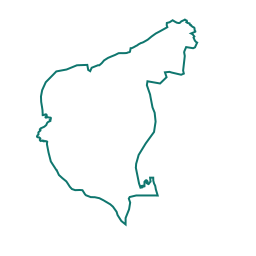 Sakaba, Kebbi, Nigeria (Robinson projection), rotated 75°
{"feature_id": "59680162B48034518845808", "entity_name": "Sakaba", "entity_type": "district", "adm_level": 2, "iso_a3": "NGA", "parent_name": "Nigeria", "parent_adm1": "Kebbi", "projection": "robinson", "projection_center": [5.532, 11.176], "detail": "fine", "context": "isolated", "style": "outline", "palette": "teal", "viewbox_px": 256, "rotation_deg": 75, "n_neighbors": 0, "source": "geoboundaries", "source_scale": "gbopen_adm2", "svg_char_len": 3421}
<svg xmlns="http://www.w3.org/2000/svg" viewBox="0 0 256 256"><g transform="rotate(75 128 128)"><path d="M35.5,57.0L36.6,60.5L36.6,63.3L38.7,64.0L40.8,63.9L42.9,72.3L43.9,76.7L45.7,81.5L47.8,86.1L49.1,91.0L49.3,92.7L49.3,93.9L49.6,94.7L49.9,96.2L50.5,97.5L50.9,99.4L51.5,101.7L51.8,103.5L51.8,104.2L51.6,104.8L54.9,106.4L55.1,107.2L55.0,108.3L55.2,109.5L55.1,110.5L54.9,111.5L54.4,113.6L54.1,114.5L53.3,117.7L54.1,121.6L54.6,125.6L55.1,129.1L56.5,133.6L58.6,136.6L60.0,139.5L59.6,140.7L60.4,147.5L63.3,149.8L61.6,151.4L56.5,151.0L54.2,161.1L55.6,172.2L55.1,178.6L54.8,182.6L57.5,187.1L58.9,189.5L62.5,195.6L69.2,201.1L74.4,203.6L75.0,203.9L80.3,205.1L85.3,205.6L88.8,206.0L90.5,206.4L91.7,206.6L93.4,207.1L93.5,207.1L93.7,205.9L93.5,204.7L93.5,203.9L93.8,203.4L94.4,203.2L95.0,203.3L95.3,203.9L96.0,204.5L96.2,204.9L96.6,204.8L96.8,204.3L96.8,203.6L96.8,203.2L96.8,202.7L97.2,202.0L97.4,201.6L97.5,201.4L97.8,200.8L97.8,200.5L98.0,200.1L98.4,199.9L99.1,200.2L99.7,200.5L99.8,200.9L100.0,201.4L100.5,201.2L101.0,201.1L101.2,201.6L101.4,203.1L101.7,204.0L102.3,204.9L104.0,206.2L105.1,208.5L105.6,211.4L105.6,211.9L105.7,212.2L106.0,212.8L106.4,213.1L106.5,213.5L106.9,213.6L107.2,213.4L107.4,213.1L107.8,213.3L108.0,213.8L108.4,214.4L108.7,215.2L109.1,215.7L109.6,215.9L110.3,216.0L110.8,216.0L111.3,216.5L111.6,217.2L111.9,217.6L112.4,217.7L112.7,218.1L113.0,218.1L113.7,217.4L113.8,217.3L114.0,216.8L114.0,216.6L114.1,216.2L114.4,216.0L114.8,215.7L115.4,215.4L115.9,215.8L116.3,216.1L116.7,216.3L117.1,216.2L117.6,216.0L117.8,215.8L118.0,215.6L117.9,215.1L118.0,214.8L117.8,214.5L117.8,214.4L117.8,214.2L118.1,213.9L118.3,213.4L118.4,212.9L118.7,212.9L118.9,213.1L119.1,212.8L119.2,212.2L119.1,211.7L119.3,211.1L119.5,211.0L119.6,210.9L119.8,210.5L119.8,210.3L119.8,210.0L120.3,209.6L122.6,210.5L131.1,211.1L140.4,211.2L150.3,208.0L150.3,207.8L155.5,206.9L159.4,204.4L163.6,201.4L166.2,200.5L169.7,199.4L172.4,198.0L174.3,195.2L174.4,194.9L175.4,190.6L176.1,188.6L176.3,188.1L180.9,186.7L182.1,186.0L185.1,181.9L186.3,177.9L188.4,173.8L191.2,170.7L197.1,164.9L200.1,162.9L206.0,160.7L209.4,160.6L213.9,159.2L216.1,158.5L217.9,157.2L220.5,155.3L214.3,153.6L206.8,148.0L200.6,145.2L196.4,145.5L195.1,144.2L195.3,137.4L199.0,123.6L200.9,116.8L194.4,117.0L191.1,116.7L190.3,116.8L188.4,117.2L186.7,117.2L185.4,117.2L182.5,116.5L181.7,119.5L185.6,120.1L186.2,121.1L187.4,122.4L187.5,122.8L186.1,124.2L185.2,124.3L185.0,123.0L184.4,123.0L183.3,123.6L183.2,124.5L184.2,126.0L188.6,127.2L188.6,128.8L187.6,128.8L187.5,130.1L189.0,130.0L188.9,131.4L184.4,131.7L168.3,130.7L168.2,130.6L164.7,129.4L159.7,126.4L156.8,124.7L147.5,114.9L138.6,103.9L129.0,99.7L120.1,98.3L114.5,99.0L103.2,98.2L101.4,98.0L91.5,98.7L87.9,97.1L93.3,85.5L88.9,77.6L83.8,77.9L84.5,73.4L85.7,71.5L90.3,62.9L89.9,60.0L86.8,59.9L73.1,54.5L69.5,54.2L68.5,53.7L64.9,50.9L67.8,44.4L67.4,42.4L63.4,39.1L62.8,39.8L60.9,40.8L57.6,41.3L56.8,40.2L54.1,41.4L53.0,42.6L52.4,38.1L52.0,37.9L51.5,38.1L50.9,38.3L50.3,38.2L49.6,38.1L49.1,38.0L48.4,38.0L47.7,38.5L47.2,39.2L46.8,39.5L46.4,39.9L45.8,40.2L45.4,40.3L45.4,40.6L44.8,41.0L44.6,41.2L44.3,41.0L43.7,41.6L43.4,41.6L42.9,41.5L42.3,42.5L42.0,43.2L41.8,43.5L41.5,43.6L41.3,43.8L41.1,44.0L40.9,43.5L40.4,43.5L39.9,43.4L39.4,43.5L39.0,44.1L39.0,44.4L38.6,44.6L38.4,44.6L38.0,45.0L38.3,46.0L38.8,48.9L39.3,49.8L39.9,50.9L39.7,52.0L38.9,53.6L37.6,55.0L35.5,57.0Z" fill="none" stroke="#0f766e" stroke-width="2"/></g></svg>